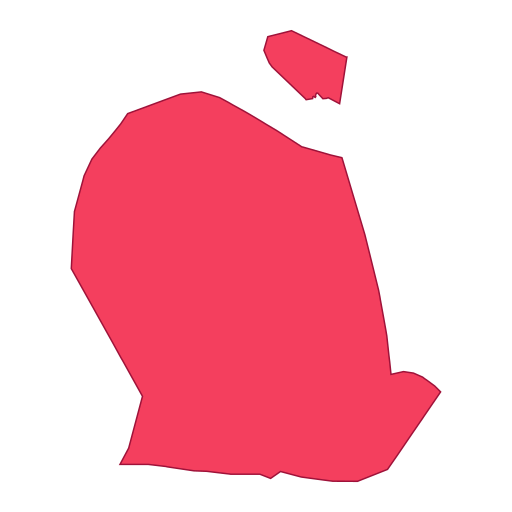 Radman, Al Bayda', Yemen
{"feature_id": "15242507B86992417351201", "entity_name": "Radman", "entity_type": "district", "adm_level": 2, "iso_a3": "YEM", "parent_name": "Yemen", "parent_adm1": "Al Bayda'", "projection": "orthographic", "projection_center": [45.286, 14.484], "detail": "fine", "context": "isolated", "style": "filled", "palette": "rose", "viewbox_px": 512, "rotation_deg": 0, "n_neighbors": 0, "source": "geoboundaries", "source_scale": "gbopen_adm2", "svg_char_len": 1496}
<svg xmlns="http://www.w3.org/2000/svg" viewBox="0 0 512 512"><path d="M270.6,478.4L280.5,471.5L301.2,477.0L315.3,478.9L322.8,479.9L332.8,481.2L357.1,481.3L357.6,481.3L358.6,480.9L359.0,480.7L373.4,475.0L387.5,469.4L397.5,455.0L412.9,432.4L423.2,417.4L423.3,417.2L423.5,416.9L440.6,391.9L434.7,386.0L426.7,380.1L424.5,378.6L422.6,377.1L420.3,376.1L413.5,373.1L403.5,371.6L391.0,374.4L389.7,361.9L388.9,355.3L386.8,335.9L385.9,330.5L383.7,318.2L380.3,299.5L379.9,297.0L378.6,290.2L369.7,254.1L364.9,234.8L342.0,157.9L341.9,157.7L330.2,154.9L302.7,147.0L301.9,146.9L287.7,137.7L282.9,134.6L277.7,131.2L264.8,123.5L263.9,122.9L249.7,114.4L245.2,111.8L232.9,105.0L228.6,102.5L219.6,97.6L201.4,91.9L196.7,92.4L180.5,94.1L127.7,113.6L120.8,123.8L115.2,130.8L108.7,138.7L100.3,148.1L91.9,159.1L84.1,175.8L82.7,181.2L74.4,211.7L74.4,212.4L73.3,231.4L71.3,268.6L92.4,306.3L110.3,338.4L113.2,343.6L121.0,357.8L122.6,360.5L142.5,396.3L128.7,448.1L120.0,464.4L148.3,464.4L166.1,466.5L167.1,466.8L193.9,470.8L206.8,471.3L212.5,472.0L227.7,473.8L227.8,473.8L230.9,474.2L240.4,474.2L258.3,474.2L259.9,474.2L270.6,478.4ZM346.9,57.0L346.0,57.0L333.8,51.2L328.6,48.6L291.5,30.7L289.2,31.3L270.4,36.0L267.8,36.7L265.8,43.7L263.9,50.3L266.9,57.5L269.3,63.0L272.2,67.0L305.3,98.6L306.1,99.7L312.6,98.6L312.9,96.7L313.7,96.4L315.2,97.4L315.8,96.6L315.5,95.3L316.2,93.7L316.7,93.1L317.9,93.2L318.6,94.1L322.9,98.7L326.4,98.4L328.2,97.7L339.6,103.7L346.9,57.0Z" fill="#f43f5e" stroke="#9f1239" stroke-width="1.5"/></svg>